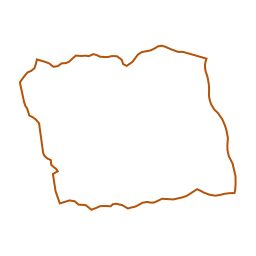 Arandu, São Paulo, Brazil, rotated 257°
{"feature_id": "56859067B50939069677947", "entity_name": "Arandu", "entity_type": "district", "adm_level": 2, "iso_a3": "BRA", "parent_name": "Brazil", "parent_adm1": "São Paulo", "projection": "mercator", "projection_center": [-49.058, -23.176], "detail": "fine", "context": "isolated", "style": "outline", "palette": "amber", "viewbox_px": 256, "rotation_deg": 257, "n_neighbors": 0, "source": "geoboundaries", "source_scale": "gbopen_adm2", "svg_char_len": 1594}
<svg xmlns="http://www.w3.org/2000/svg" viewBox="0 0 256 256"><g transform="rotate(257 128 128)"><path d="M177.9,220.1L185.0,207.4L187.4,203.0L189.7,198.9L191.0,193.8L194.9,187.8L199.2,182.0L200.6,179.3L200.8,175.6L199.4,171.4L198.5,167.3L198.8,161.4L198.8,158.3L197.3,154.1L194.1,150.4L191.5,147.3L188.8,140.7L191.3,137.7L196.0,137.2L200.4,133.4L201.7,128.7L201.7,124.5L202.3,121.5L203.8,116.7L206.2,113.7L207.8,110.7L206.8,106.2L208.0,102.9L208.8,98.2L210.3,93.5L208.3,89.8L205.9,85.6L205.2,82.2L205.9,77.9L204.1,73.6L204.4,69.1L208.8,65.6L211.3,61.8L212.8,59.1L215.3,54.6L211.5,52.9L207.2,50.2L205.4,46.4L204.7,42.4L202.9,40.1L200.9,37.6L196.8,32.9L177.2,32.6L173.0,32.9L169.7,34.1L165.8,34.4L162.4,34.6L159.9,37.6L156.9,40.2L152.5,42.4L122.7,39.7L119.4,40.4L116.2,42.8L114.1,45.6L109.5,44.9L106.7,46.8L104.5,48.7L101.7,49.8L100.1,44.5L82.9,43.2L69.9,44.6L70.2,49.3L70.6,54.7L68.6,59.6L64.5,62.5L62.4,69.4L56.6,74.0L57.2,78.5L58.1,83.5L57.1,88.6L55.6,93.5L57.1,96.0L56.9,99.3L54.1,105.1L49.6,109.8L49.8,113.0L49.7,116.4L50.2,119.4L51.9,125.2L51.6,130.2L50.2,133.2L49.5,136.7L50.5,141.4L51.4,145.3L48.2,156.1L48.2,166.0L48.7,170.1L52.8,181.5L50.5,184.6L47.9,187.5L44.8,192.2L42.4,197.9L42.1,202.4L42.2,207.0L41.6,212.7L40.7,217.1L43.3,218.4L48.7,220.1L56.8,221.9L63.8,221.9L69.7,221.9L78.0,219.9L83.6,219.9L88.7,220.9L95.9,223.1L103.1,223.4L108.3,223.1L115.0,221.9L122.2,219.1L126.8,216.1L132.5,214.3L136.9,213.9L141.4,214.2L149.2,216.1L152.9,216.6L157.6,216.9L160.6,216.9L164.4,216.5L167.2,216.4L171.2,216.9L175.1,218.4L177.9,220.1Z" fill="none" stroke="#b45309" stroke-width="2"/></g></svg>